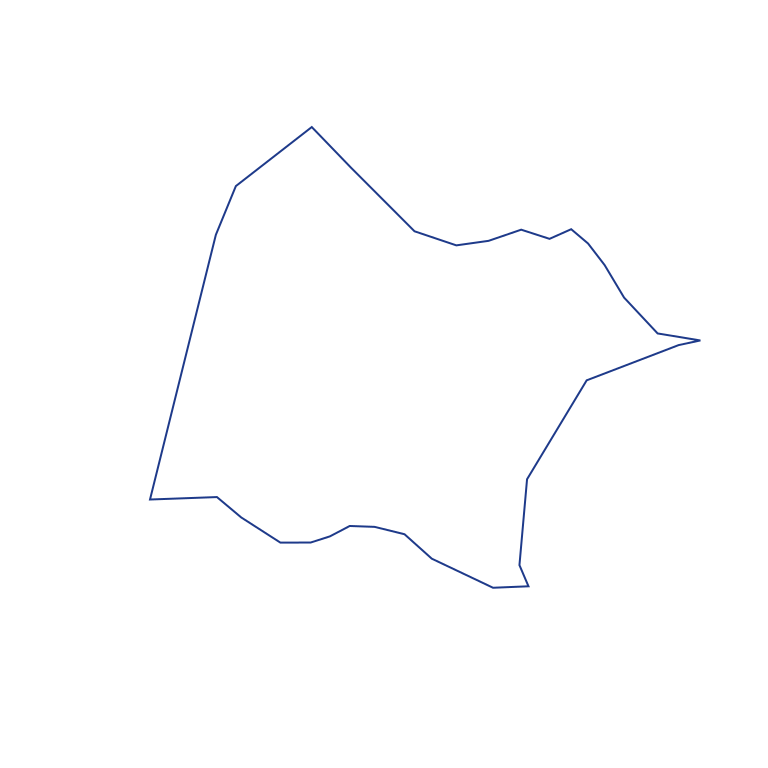 the border of Selnica ob Dravi, rotated 130°
{"feature_id": "SVN-234", "entity_name": "Selnica ob Dravi", "entity_type": "Municipality", "adm_level": 1, "iso_a3": "SVN", "parent_name": "Slovenia", "parent_adm1": "", "projection": "equal_earth", "projection_center": [15.485, 46.584], "detail": "fine", "context": "isolated", "style": "outline", "palette": "blue", "viewbox_px": 768, "rotation_deg": 130, "n_neighbors": 0, "source": "natural_earth", "source_scale": "10m", "svg_char_len": 562}
<svg xmlns="http://www.w3.org/2000/svg" viewBox="0 0 768 768"><g transform="rotate(130 384 384)"><path d="M250.9,231.1L365.0,213.2L435.7,163.8L446.1,143.3L470.0,169.5L487.1,235.1L485.9,271.7L499.5,299.4L514.8,319.0L535.5,327.5L552.6,338.3L572.1,361.4L578.0,407.6L578.0,439.3L622.9,489.0L377.8,608.7L327.6,624.7L233.6,604.5L239.5,548.4L247.4,458.8L231.3,417.7L207.1,395.9L177.6,378.1L166.4,350.5L145.1,340.1L145.2,318.0L151.1,291.4L163.5,255.6L169.4,206.9L147.6,170.1L147.2,169.6L164.8,183.3L250.9,231.1Z" fill="none" stroke="#1e3a8a" stroke-width="2"/></g></svg>